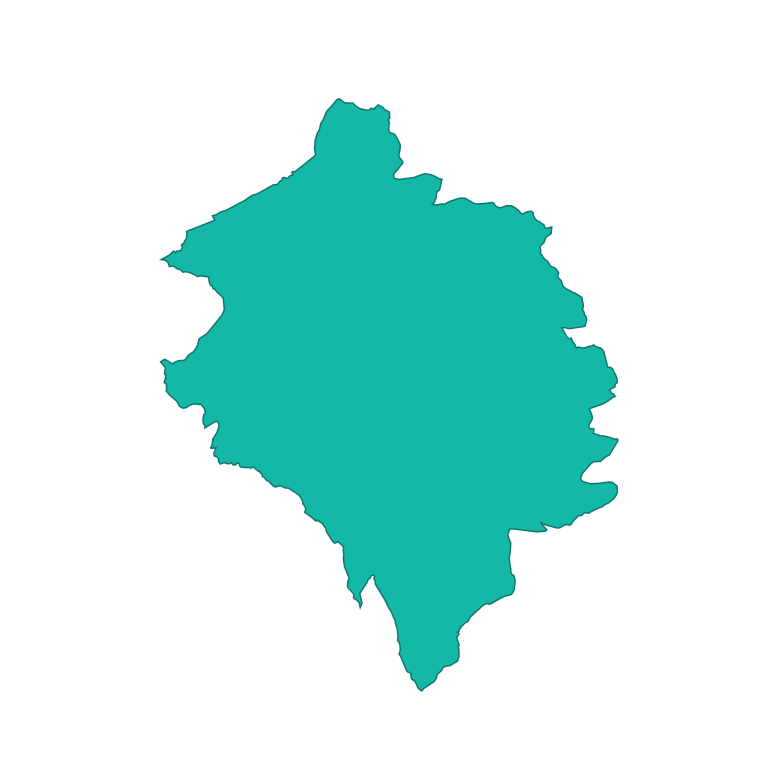 outline of Vladesti, Vâlcea, Romania, rotated 306°
{"feature_id": "2599482B87401907029255", "entity_name": "Vladesti", "entity_type": "district", "adm_level": 2, "iso_a3": "ROU", "parent_name": "Romania", "parent_adm1": "Vâlcea", "projection": "equal_earth", "projection_center": [24.298, 45.132], "detail": "fine", "context": "isolated", "style": "filled", "palette": "teal", "viewbox_px": 768, "rotation_deg": 306, "n_neighbors": 0, "source": "geoboundaries", "source_scale": "gbopen_adm2", "svg_char_len": 6171}
<svg xmlns="http://www.w3.org/2000/svg" viewBox="0 0 768 768"><g transform="rotate(306 384 384)"><path d="M189.2,496.1L193.8,495.0L200.2,487.6L214.3,486.8L216.3,486.0L218.8,486.8L221.5,486.2L223.3,487.8L222.8,489.2L220.6,490.4L219.1,492.8L216.9,494.9L210.3,510.6L205.4,520.1L204.2,523.5L200.4,529.5L199.6,531.6L197.2,533.9L193.6,538.8L187.6,544.0L184.5,545.8L183.3,548.9L179.9,552.5L177.7,553.8L174.3,555.0L173.5,557.4L165.1,571.4L164.9,572.5L165.7,574.5L165.5,576.1L162.9,578.0L161.5,580.3L161.7,583.8L158.1,590.4L157.7,594.2L158.1,595.1L160.9,595.1L173.1,599.5L177.2,599.1L180.2,597.7L186.1,599.0L189.4,598.3L191.1,599.2L195.5,603.2L203.5,606.4L205.6,605.2L207.4,605.0L212.9,600.9L214.5,599.1L217.3,597.9L221.4,591.8L225.7,591.7L226.3,590.9L226.1,589.3L228.0,590.1L229.5,589.0L232.2,589.5L233.2,588.8L234.8,589.6L238.0,589.9L241.2,591.5L246.8,590.8L263.7,594.4L266.6,596.0L267.9,598.7L268.8,599.6L277.7,603.4L283.2,606.4L288.1,610.4L289.2,610.8L294.1,610.3L300.9,606.4L303.2,604.4L305.5,601.4L305.0,599.9L306.2,597.2L308.4,595.7L314.7,589.3L317.9,587.0L322.9,584.5L329.9,579.9L334.5,572.8L339.6,571.1L341.8,572.0L354.4,594.8L360.0,601.2L361.7,601.4L363.1,595.1L364.5,591.8L364.8,597.1L369.0,608.2L371.1,610.8L376.4,613.1L377.8,614.7L379.1,617.4L380.0,617.8L385.0,617.6L388.3,618.4L391.3,618.3L393.8,621.1L397.3,621.7L398.0,622.3L400.0,625.8L402.7,626.7L410.7,630.9L412.9,632.7L416.1,633.5L419.0,635.3L426.4,637.3L430.4,637.2L433.8,636.3L438.3,632.8L438.7,626.7L436.6,623.2L429.8,616.1L424.6,609.7L421.9,602.0L422.3,599.4L423.9,598.2L428.2,597.0L440.9,598.2L444.3,599.1L448.6,604.6L455.4,606.1L458.9,608.0L475.4,606.6L476.7,605.8L476.1,604.0L474.9,603.3L474.0,599.7L471.3,592.6L469.6,590.0L467.0,582.3L471.0,580.3L469.3,577.4L469.1,575.9L469.9,574.6L472.8,573.6L476.7,573.4L479.0,572.6L481.2,570.3L484.6,564.5L496.5,572.8L502.2,575.3L507.3,576.8L509.7,578.3L510.8,576.0L510.2,573.6L512.1,569.8L517.4,572.5L519.3,571.3L521.3,571.3L522.2,572.0L525.5,569.0L528.0,565.3L528.2,564.0L530.5,560.3L530.7,558.5L529.8,556.1L529.0,555.2L539.7,542.3L540.3,539.5L540.3,537.8L538.9,533.9L538.7,530.4L536.8,529.8L534.4,527.2L531.7,525.6L529.8,523.5L528.2,519.7L526.1,518.5L528.3,515.0L529.1,511.7L531.2,508.6L529.6,507.6L529.4,504.6L534.0,494.9L535.8,496.8L537.5,501.2L548.8,512.7L555.4,510.0L557.3,507.7L557.9,505.5L560.1,502.9L561.1,500.2L562.8,500.2L565.1,498.7L570.3,493.1L569.8,484.9L568.8,481.9L568.9,479.8L568.2,477.0L568.2,471.8L570.4,468.2L571.7,466.8L572.3,462.9L573.6,460.8L576.4,460.1L577.5,457.6L578.3,455.1L577.2,448.6L578.1,447.6L579.5,443.8L579.3,441.4L580.0,438.1L581.3,435.8L581.8,433.4L583.7,432.7L586.7,429.6L587.6,429.3L592.6,430.3L596.6,429.0L599.1,429.1L603.4,430.7L604.6,430.5L609.6,427.4L605.5,424.1L605.0,423.1L605.4,421.6L606.9,419.7L606.4,416.8L606.9,414.4L606.1,413.0L606.4,409.3L607.9,406.1L610.1,404.3L610.3,401.2L607.3,398.5L603.4,396.4L602.6,395.5L602.6,393.8L603.4,392.0L603.6,385.8L603.1,382.5L600.7,378.8L595.5,375.0L594.3,373.6L593.7,370.5L593.9,368.7L594.8,366.5L594.6,365.0L588.7,358.8L584.1,353.2L582.9,349.9L582.1,341.3L581.2,339.1L579.0,336.1L570.0,329.6L564.2,327.0L564.3,325.5L559.4,321.0L557.8,317.5L560.8,317.9L565.2,316.7L568.9,314.5L571.0,313.9L573.1,314.8L574.3,314.6L583.7,310.5L582.3,307.8L581.9,303.0L580.8,298.5L578.0,293.3L568.4,286.6L558.7,276.4L556.3,271.5L558.6,269.1L560.7,268.4L565.2,269.0L574.1,269.2L575.0,268.4L576.7,262.3L579.2,260.7L583.6,258.9L587.1,256.5L590.3,250.7L592.3,245.7L590.7,240.1L593.9,237.4L598.9,234.4L599.6,233.6L599.9,232.0L602.5,232.4L607.2,228.4L606.4,223.6L607.1,220.4L606.4,215.3L600.1,213.9L599.4,211.2L597.0,211.3L595.1,208.5L592.6,202.7L592.2,197.7L593.0,193.9L588.4,187.0L588.6,180.4L586.0,178.6L577.9,178.3L571.2,177.3L560.9,179.7L557.5,179.8L552.1,182.2L548.0,182.6L540.7,185.1L533.4,189.7L529.0,194.2L503.6,187.3L502.0,185.2L500.8,185.2L500.2,187.4L496.9,185.6L493.7,185.1L493.0,184.5L492.7,182.2L491.3,180.9L488.4,181.4L487.0,180.7L482.8,180.5L480.1,177.4L463.9,170.0L458.5,166.1L450.9,163.6L431.6,154.1L426.8,150.5L422.2,148.7L419.3,146.3L417.0,150.9L391.6,134.7L389.1,136.7L385.5,138.7L382.7,138.6L379.3,139.6L378.7,138.6L377.0,138.6L376.5,140.0L375.2,140.8L372.3,141.3L372.1,140.4L370.4,139.6L369.6,138.0L367.9,138.2L367.6,135.5L362.7,134.8L353.7,130.7L355.5,134.0L355.5,137.7L352.8,141.4L354.8,143.2L355.7,144.9L355.5,148.7L356.8,152.0L356.3,155.6L358.2,157.5L359.7,160.5L360.8,164.9L361.4,170.2L363.8,172.0L367.5,179.2L363.3,183.2L362.0,185.4L362.2,187.9L360.8,189.2L361.1,192.5L360.2,194.2L360.1,197.9L358.9,203.6L350.3,211.1L344.9,212.4L325.4,211.5L320.0,210.9L311.8,207.9L305.7,210.4L302.8,210.9L297.9,210.9L293.0,208.9L286.9,209.0L285.1,207.7L282.1,204.1L278.2,201.7L276.4,201.8L275.5,197.7L275.7,195.7L275.0,192.0L270.6,190.2L268.8,197.4L263.4,200.3L262.8,201.5L263.1,202.7L255.9,205.4L256.1,207.8L252.9,210.6L250.3,211.9L248.9,218.0L248.3,226.6L245.9,231.3L245.8,233.0L246.3,235.6L248.6,237.9L252.8,239.3L255.8,241.6L257.6,244.0L258.4,246.0L260.0,247.7L259.9,248.3L258.4,253.4L255.9,256.2L254.7,257.0L253.5,256.2L252.4,256.6L248.8,258.5L245.6,261.4L245.7,262.7L243.2,265.0L254.3,269.4L255.6,271.0L255.5,272.6L253.8,274.6L251.4,275.9L246.4,277.4L238.8,277.9L234.0,280.6L230.4,281.4L230.9,282.9L233.8,285.6L228.1,287.0L226.5,288.4L226.1,288.9L226.3,290.1L226.9,291.4L226.5,293.3L223.5,296.7L223.0,298.6L226.5,300.7L227.3,303.7L228.5,305.8L230.7,306.9L229.8,309.4L230.3,310.3L231.6,311.6L233.2,311.4L234.6,313.0L232.7,315.9L232.6,316.7L235.2,321.5L237.2,323.9L237.6,325.8L239.6,326.4L239.6,327.3L240.5,328.3L239.6,329.7L239.8,332.4L239.5,333.3L240.3,334.9L239.3,335.8L239.8,337.6L237.8,339.8L237.9,342.7L237.0,345.9L237.6,348.2L236.7,351.5L236.5,355.6L237.0,356.9L240.2,359.2L241.2,361.6L241.9,365.3L243.7,368.1L244.2,380.4L242.5,385.3L239.1,389.4L238.7,391.2L237.4,393.7L235.9,394.7L233.6,395.1L233.6,404.4L233.1,409.4L234.4,409.3L234.9,416.0L233.0,421.5L230.4,425.0L226.7,434.2L226.2,437.6L229.4,439.7L228.8,445.5L226.9,448.6L225.8,448.5L222.2,451.9L218.9,453.7L213.0,459.5L206.5,469.9L203.0,470.8L198.8,473.4L197.7,475.5L197.5,478.1L196.2,482.9L195.4,483.8L193.4,484.8L192.9,485.7L193.2,488.8L192.6,492.3L189.2,496.1Z" fill="#14b8a6" stroke="#0f766e" stroke-width="1.5"/></g></svg>